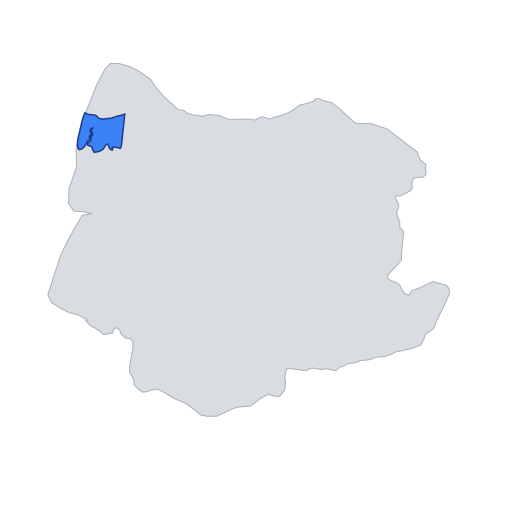 Suriname, with Commewijne highlighted, rotated 281°
{"feature_id": "SUR-70", "entity_name": "Commewijne", "entity_type": "District", "adm_level": 1, "iso_a3": "SUR", "parent_name": "Suriname", "parent_adm1": "", "projection": "natural_earth1", "projection_center": [-54.973, 5.762], "detail": "fine", "context": "in_parent", "style": "filled", "palette": "blue", "viewbox_px": 512, "rotation_deg": 281, "n_neighbors": 0, "source": "natural_earth", "source_scale": "10m", "svg_char_len": 3552}
<svg xmlns="http://www.w3.org/2000/svg" viewBox="0 0 512 512"><g transform="rotate(281 256 256)"><path d="M409.0,119.2L402.1,125.9L394.6,135.5L384.7,152.0L385.2,157.2L383.0,161.4L382.5,168.8L383.2,177.1L385.7,182.5L386.9,192.9L385.0,202.2L385.7,207.6L387.7,216.2L389.4,225.3L389.2,229.0L391.6,232.0L393.8,234.9L393.1,243.1L400.9,257.6L405.7,263.9L412.6,270.1L415.1,276.1L419.1,283.4L421.4,284.3L422.6,287.2L421.4,292.8L421.1,300.6L416.7,309.6L406.4,326.2L405.2,330.1L407.9,343.8L406.4,355.1L405.8,360.5L400.8,370.4L388.9,394.3L382.1,398.6L377.9,405.5L375.3,405.6L372.3,406.2L371.3,407.1L367.6,407.0L364.7,404.0L364.2,400.3L362.6,396.2L359.0,394.9L352.0,396.4L350.0,395.4L345.9,390.9L342.4,386.1L341.6,381.4L339.4,381.8L334.1,386.1L330.5,386.9L327.6,385.8L324.4,386.1L316.4,390.7L311.6,391.7L308.2,396.3L285.8,398.4L279.9,399.6L266.5,391.6L263.0,389.1L261.3,388.7L259.8,389.1L258.3,390.9L256.1,400.8L254.1,403.5L250.6,405.7L247.2,409.7L246.5,413.5L251.7,415.6L256.1,423.1L260.9,429.1L264.7,434.4L264.2,440.3L263.6,448.8L260.8,451.7L256.1,453.1L239.1,449.0L226.1,445.4L220.6,444.6L218.2,443.6L214.9,440.5L211.6,437.6L206.3,436.6L200.0,434.7L195.3,427.2L190.5,416.6L188.8,411.8L185.1,407.2L181.4,400.6L180.2,394.8L177.4,389.4L176.0,387.6L173.8,380.3L173.4,377.6L172.3,377.3L170.8,374.9L167.8,367.1L167.1,365.2L165.8,364.5L162.3,359.0L159.6,357.1L158.5,354.3L158.8,346.7L157.3,342.9L156.9,335.7L156.8,332.8L155.3,329.7L153.0,327.6L152.6,322.4L152.0,309.6L150.9,307.4L140.9,307.5L139.9,308.8L135.5,309.5L130.7,309.7L126.3,308.0L122.7,305.7L122.0,302.9L122.5,294.0L116.7,287.3L107.5,279.0L104.7,268.4L101.4,261.8L91.2,248.0L89.4,238.6L89.4,231.9L93.0,225.8L98.0,215.0L100.0,205.2L101.5,200.1L104.1,193.4L106.5,184.8L104.7,179.4L101.7,174.2L100.7,170.3L103.6,164.6L106.6,160.6L110.0,160.0L114.2,157.6L117.6,154.1L122.7,153.2L129.1,152.8L142.1,152.8L148.8,151.3L150.8,148.5L150.5,143.2L153.8,138.3L157.3,136.3L158.7,134.7L158.9,132.9L158.0,131.3L156.6,130.2L153.0,129.8L149.8,121.4L152.0,117.7L154.8,111.0L155.6,107.2L160.0,101.2L161.0,103.0L164.4,92.1L164.8,83.2L167.4,74.5L171.3,64.1L178.4,59.0L219.7,64.2L238.6,69.2L262.9,77.7L266.3,86.8L266.5,77.7L265.3,68.5L272.0,61.9L286.7,59.6L308.8,62.8L327.7,58.9L353.5,59.4L392.6,66.8L410.1,71.9L417.3,76.5L418.7,84.8L418.0,95.4L415.2,105.6L409.0,119.2Z" fill="#d9dde1" stroke="#a8b0b8" stroke-width="1"/><path d="M329.3,75.2L331.6,74.4L332.3,72.3L332.4,70.1L332.8,69.4L334.6,69.4L337.4,71.6L339.0,72.0L340.1,71.7L340.8,71.2L341.4,71.1L343.2,72.4L343.9,72.5L344.6,72.3L345.4,72.0L346.1,71.5L346.5,70.9L347.1,70.3L348.0,70.1L348.8,70.3L349.6,70.8L351.1,72.0L350.7,71.2L350.1,70.5L349.5,69.8L348.8,69.4L347.8,69.2L347.0,69.3L346.2,70.0L345.3,70.7L343.4,70.9L342.2,69.9L341.0,69.6L339.7,70.5L338.5,70.4L337.2,69.2L336.0,68.5L331.2,66.9L329.5,66.0L328.1,64.9L327.5,63.9L327.2,62.9L326.7,62.3L327.3,61.3L328.0,60.7L330.3,59.7L332.9,59.2L336.2,58.9L338.7,58.9L358.4,59.7L359.9,60.1L363.4,60.5L364.0,60.7L363.6,61.8L363.0,63.9L363.6,71.4L363.1,72.8L361.5,75.0L361.1,76.1L361.0,77.3L361.3,79.7L361.4,80.4L362.1,82.5L362.7,84.0L363.4,86.8L364.1,88.4L366.6,92.8L368.3,96.7L370.3,100.1L339.0,102.8L337.3,102.7L335.8,102.2L336.0,96.8L335.9,95.9L335.6,95.5L335.3,95.3L335.4,94.9L335.5,94.4L335.4,94.2L334.9,94.1L334.3,94.4L333.9,94.7L333.7,94.8L332.9,94.7L332.6,94.8L332.5,94.7L332.6,93.8L332.7,93.6L333.7,91.6L336.6,89.9L337.1,89.7L337.6,89.0L336.9,87.7L335.3,86.9L332.0,85.7L330.5,84.4L329.3,82.9L328.3,81.1L328.1,80.5L327.5,79.2L327.0,77.1L328.0,76.6L329.3,75.2Z" fill="#3b82f6" stroke="#1e3a8a" stroke-width="1.5"/></g></svg>